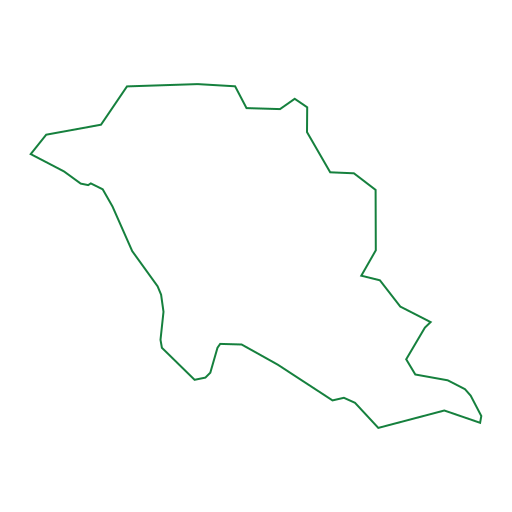 Lancaster, Virginia, United States of America (Robinson projection)
{"feature_id": "52423323B13758082224669", "entity_name": "Lancaster", "entity_type": "district", "adm_level": 2, "iso_a3": "USA", "parent_name": "United States of America", "parent_adm1": "Virginia", "projection": "robinson", "projection_center": [-76.455, 37.725], "detail": "fine", "context": "isolated", "style": "outline", "palette": "green", "viewbox_px": 512, "rotation_deg": 0, "n_neighbors": 0, "source": "geoboundaries", "source_scale": "gbopen_adm2", "svg_char_len": 740}
<svg xmlns="http://www.w3.org/2000/svg" viewBox="0 0 512 512"><path d="M30.7,154.1L64.1,171.5L80.7,183.6L88.2,185.1L90.8,183.4L102.7,189.3L112.5,206.5L132.2,251.1L157.6,286.3L161.1,294.7L163.5,311.8L160.5,339.8L161.9,347.8L194.6,379.8L205.4,377.6L210.3,372.7L217.5,347.7L220.2,343.9L241.6,344.5L277.8,364.7L332.5,400.4L343.9,397.8L355.0,402.8L378.3,427.9L444.3,410.5L480.1,422.8L481.3,416.0L470.7,395.7L465.0,389.2L447.7,380.3L415.3,374.5L406.2,359.3L424.9,327.6L430.6,322.1L400.3,306.6L379.9,280.3L361.3,275.7L375.8,250.3L375.6,189.9L353.9,173.3L330.2,172.3L307.0,132.1L307.2,107.3L294.7,98.8L280.0,109.1L246.5,108.1L235.1,86.3L197.6,84.1L127.0,86.4L101.0,124.7L46.2,134.7L30.7,154.1Z" fill="none" stroke="#15803d" stroke-width="2"/></svg>